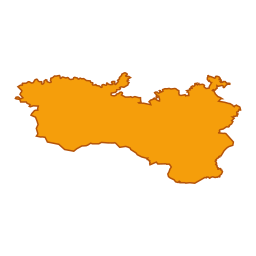 the district of Sausnējas pag., Erglu, Latvia
{"feature_id": "27541924B72961238006119", "entity_name": "Sausnējas pag.", "entity_type": "district", "adm_level": 2, "iso_a3": "LVA", "parent_name": "Latvia", "parent_adm1": "Erglu", "projection": "robinson", "projection_center": [25.654, 56.823], "detail": "fine", "context": "isolated", "style": "filled", "palette": "amber", "viewbox_px": 256, "rotation_deg": 0, "n_neighbors": 0, "source": "geoboundaries", "source_scale": "gbopen_adm2", "svg_char_len": 5711}
<svg xmlns="http://www.w3.org/2000/svg" viewBox="0 0 256 256"><path d="M229.1,126.6L229.5,125.6L229.3,125.4L231.6,123.9L232.9,121.5L231.7,120.7L234.1,118.3L232.4,117.0L233.5,116.9L234.0,116.2L234.7,116.5L236.3,115.9L237.1,116.0L237.1,115.2L237.8,114.6L237.8,113.8L236.9,113.9L236.9,113.2L236.7,112.8L236.9,111.9L238.1,111.6L238.0,111.2L238.5,110.8L239.0,109.5L240.1,110.1L240.6,110.0L239.9,107.2L239.1,106.6L237.1,105.7L236.5,105.1L234.6,106.0L234.3,106.7L233.4,106.3L232.8,105.3L229.8,103.5L229.3,103.6L224.7,102.3L218.6,101.2L220.7,98.8L222.1,98.7L220.2,97.5L217.9,96.6L215.4,94.0L213.9,91.1L212.4,90.5L212.8,89.9L213.6,89.6L214.8,90.3L215.8,89.5L215.9,88.9L217.1,88.3L216.9,85.6L218.2,86.3L222.1,85.4L223.2,86.1L223.3,87.4L223.7,87.6L224.3,87.4L225.8,85.5L226.9,84.6L228.0,84.2L229.8,84.3L229.9,84.0L229.8,83.4L229.1,83.2L226.7,83.2L226.3,82.6L225.7,82.3L225.3,81.6L223.6,81.5L222.7,82.3L220.8,82.5L220.4,81.9L221.3,82.0L221.6,81.6L220.8,81.1L221.1,80.8L221.2,80.5L220.9,80.3L221.2,80.1L220.2,79.1L219.2,79.5L219.1,79.2L220.2,78.6L220.2,78.3L218.9,76.8L217.2,76.3L216.0,76.3L215.5,76.7L215.6,77.6L214.8,78.2L210.5,76.5L209.4,76.7L208.6,75.6L207.9,75.7L207.8,77.2L207.4,77.6L207.3,79.3L208.7,81.2L209.4,80.7L209.5,81.3L211.2,82.7L211.5,82.7L209.3,86.5L209.1,88.1L206.1,88.5L204.2,87.0L204.1,86.3L204.5,85.7L204.0,84.9L202.7,84.3L199.4,84.6L198.9,83.6L197.5,84.9L196.2,84.1L196.8,83.3L194.9,83.6L194.8,85.5L193.8,86.3L192.7,85.9L191.1,86.8L191.0,87.3L191.5,87.8L192.3,88.0L192.2,88.3L190.0,88.4L189.6,88.8L190.1,89.8L187.0,90.6L187.8,91.0L187.2,92.0L188.5,92.3L188.8,95.5L185.9,95.6L185.7,95.8L185.1,94.7L181.0,95.5L179.3,95.0L178.8,93.2L179.0,92.8L178.8,90.6L177.7,90.2L175.8,88.7L174.7,88.5L170.9,89.0L169.1,88.4L166.9,88.8L165.0,88.7L162.6,89.6L163.0,91.2L161.4,92.0L160.5,90.8L159.8,90.5L159.3,90.7L160.1,91.8L160.1,92.5L158.5,93.3L157.2,92.1L155.5,92.1L154.6,92.6L155.1,93.4L157.1,95.3L156.2,96.1L156.9,97.8L158.7,96.3L159.6,99.3L159.5,101.0L158.4,100.8L157.1,100.2L156.1,99.5L155.9,98.9L154.4,98.8L154.7,98.1L154.1,98.2L153.3,98.8L153.5,99.2L150.6,100.1L149.0,101.8L149.9,102.4L150.8,104.7L143.5,103.2L142.6,103.3L141.1,103.0L139.0,103.1L138.6,102.8L141.0,102.1L140.6,100.1L140.5,97.7L138.9,97.7L134.9,96.6L132.2,97.5L130.8,96.7L129.6,97.0L125.4,97.1L121.5,95.0L122.4,93.6L122.4,92.8L121.4,92.1L119.9,92.3L118.5,93.6L116.4,94.1L116.1,95.2L114.3,95.9L111.8,95.5L111.0,94.8L111.3,93.1L115.5,92.3L116.7,91.1L116.7,89.8L119.7,89.5L120.4,88.5L119.7,87.5L121.5,86.8L123.9,87.3L127.8,85.0L128.2,83.7L129.0,82.6L127.2,81.3L127.3,80.3L128.4,80.1L128.0,79.6L128.1,78.8L130.5,77.6L128.8,76.4L126.4,76.4L125.8,76.1L125.7,75.7L126.9,74.9L127.2,74.1L126.8,73.6L125.1,72.8L124.3,72.9L121.8,74.2L121.6,75.4L119.6,77.3L119.3,77.9L119.5,78.8L117.6,80.3L118.4,81.1L118.3,81.6L115.9,84.3L115.5,84.5L114.8,84.1L114.7,81.5L113.0,81.4L111.8,81.8L111.5,82.3L111.9,83.0L113.0,83.8L112.7,84.4L110.6,84.7L109.6,84.5L108.4,84.2L107.6,83.3L106.9,83.0L106.6,83.3L106.7,84.5L106.4,85.1L105.7,85.2L103.3,84.5L102.2,84.9L101.9,85.4L102.0,87.1L101.3,87.4L100.7,87.2L99.6,86.1L96.2,85.4L96.0,85.1L96.0,84.6L95.8,84.5L94.2,85.1L92.8,85.0L92.4,84.5L92.8,83.5L92.7,82.8L90.7,82.3L90.2,80.9L86.4,80.5L83.7,78.6L81.7,78.8L80.1,78.1L79.0,79.0L78.2,79.1L77.5,78.1L74.7,77.3L73.7,77.7L73.2,79.1L70.8,79.5L69.5,79.2L68.3,77.8L67.6,77.5L65.9,78.0L62.8,77.0L61.9,77.3L61.4,78.0L60.6,78.4L60.2,78.0L59.9,76.1L59.4,75.5L56.1,76.1L54.5,76.0L52.7,77.6L50.8,78.3L50.8,79.5L50.4,80.3L51.2,81.5L51.0,82.3L49.6,82.6L47.7,81.9L46.9,81.1L46.9,80.1L45.8,79.7L44.2,80.9L44.0,81.1L44.1,82.7L43.1,83.9L42.3,84.2L41.6,83.8L41.6,83.0L41.9,82.2L41.6,81.7L39.6,81.7L38.5,81.3L37.2,79.4L36.3,79.2L34.8,80.0L33.6,82.2L32.8,82.9L31.4,83.0L29.4,81.8L28.3,81.7L26.3,83.2L22.5,83.3L22.2,83.8L22.5,84.7L22.3,85.1L20.4,85.2L17.9,86.7L21.8,90.6L21.5,92.0L20.7,92.8L20.0,94.4L22.9,97.8L21.3,98.6L20.0,98.5L19.3,97.7L18.0,96.9L16.1,97.2L15.4,98.5L16.3,98.9L19.8,99.4L20.7,102.0L26.2,102.0L27.1,103.3L30.1,104.6L30.5,104.4L29.2,106.3L30.3,106.8L33.3,105.8L38.3,106.1L37.6,108.8L37.8,110.1L35.2,110.3L34.3,110.8L31.7,113.8L31.0,115.2L35.5,117.2L37.0,120.9L38.1,124.5L36.3,128.4L37.8,133.4L37.6,134.4L36.4,136.1L40.6,137.0L42.5,136.9L45.1,137.3L47.4,142.0L58.8,144.3L64.6,149.5L73.8,151.2L76.7,148.8L81.8,146.0L86.2,145.7L87.9,145.0L90.6,143.2L92.5,143.8L98.8,143.8L101.4,142.4L107.9,142.9L113.9,143.0L114.2,142.7L115.6,143.1L119.7,147.3L125.8,146.4L128.3,147.2L130.3,148.2L130.7,149.5L136.0,152.9L137.3,154.7L141.6,156.9L146.8,158.3L147.6,158.2L147.0,159.1L147.2,159.5L148.4,159.8L148.9,160.4L149.8,160.9L149.5,161.6L150.1,162.6L149.7,163.6L150.0,164.8L156.3,162.1L157.8,164.0L165.9,163.8L166.5,164.2L169.4,164.2L171.3,167.0L170.0,169.0L169.0,171.9L167.8,174.0L168.5,176.6L170.1,177.9L174.1,179.8L175.6,181.8L178.1,182.5L179.2,181.2L179.9,181.7L179.4,182.2L179.8,182.7L184.8,182.7L185.7,183.1L189.7,182.7L194.8,183.2L204.8,177.5L206.4,177.8L206.7,177.1L208.2,177.1L209.7,178.2L211.2,177.2L212.7,176.8L215.1,177.5L217.4,177.0L217.7,177.2L219.0,176.2L219.7,176.8L219.8,176.6L219.1,176.1L221.5,174.0L222.5,171.7L222.2,171.4L221.8,170.1L220.9,170.0L220.7,169.5L220.8,168.9L220.6,168.6L219.8,168.5L218.4,169.2L217.8,169.0L218.1,167.8L217.4,167.5L217.1,167.0L217.0,166.4L217.2,166.0L216.6,165.4L216.7,164.9L215.8,164.5L215.7,164.3L216.6,163.4L216.2,162.1L215.3,161.5L215.3,161.0L216.3,160.2L215.9,159.7L216.5,159.3L217.2,158.3L217.9,158.2L218.9,157.1L219.4,157.0L219.0,156.5L219.5,156.2L221.0,155.9L224.1,150.7L226.6,148.1L228.8,146.6L232.8,145.3L233.4,142.0L225.9,133.6L224.7,133.3L223.3,133.4L218.7,132.9L218.7,132.6L219.7,132.0L219.8,131.6L219.4,130.6L219.6,130.1L220.3,129.6L223.2,129.0L226.6,126.7L228.3,127.0L229.1,126.6Z" fill="#f59e0b" stroke="#b45309" stroke-width="1.5"/></svg>